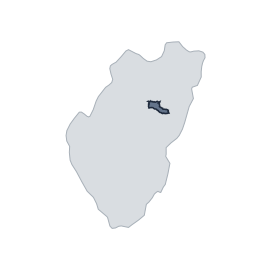 location of Shingkhar, Shemgang, Bhutan, rotated 292°
{"feature_id": "84629894B47600985586733", "entity_name": "Shingkhar", "entity_type": "district", "adm_level": 2, "iso_a3": "BTN", "parent_name": "Bhutan", "parent_adm1": "Shemgang", "projection": "robinson", "projection_center": [90.924, 27.213], "detail": "fine", "context": "in_parent", "style": "filled", "palette": "slate", "viewbox_px": 256, "rotation_deg": 292, "n_neighbors": 0, "source": "geoboundaries", "source_scale": "gbopen_adm2", "svg_char_len": 4525}
<svg xmlns="http://www.w3.org/2000/svg" viewBox="0 0 256 256"><g transform="rotate(292 128 128)"><path d="M200.2,110.4L199.8,112.0L198.2,116.2L197.1,120.7L198.0,124.4L201.8,128.9L206.8,132.4L213.2,132.7L219.1,131.3L221.5,131.9L224.7,137.8L227.0,142.9L223.9,148.2L222.2,152.9L221.6,156.2L222.0,157.6L223.9,160.2L226.1,164.8L226.4,169.0L225.0,171.7L222.0,173.1L218.8,172.7L216.1,172.8L212.8,173.3L207.5,174.8L202.7,176.8L193.5,176.4L189.9,172.3L188.1,172.3L179.8,177.6L170.8,176.7L154.3,178.5L147.4,178.9L140.4,178.3L136.8,177.2L130.2,173.4L124.1,170.7L118.0,173.2L115.8,173.6L110.9,180.1L100.2,182.2L89.6,183.7L86.5,182.9L80.5,182.5L80.3,181.0L80.5,179.5L79.1,178.4L76.7,177.2L72.5,176.7L67.1,175.1L64.1,173.6L53.2,175.8L46.8,172.4L39.6,167.8L36.0,165.7L34.7,158.5L33.4,156.2L30.6,153.8L29.0,150.9L30.3,148.0L37.5,142.5L38.1,141.2L41.5,130.9L46.1,127.2L50.7,122.0L54.1,113.8L60.8,105.4L68.1,96.7L73.1,89.7L76.5,86.4L83.3,82.8L89.1,80.8L93.0,76.1L97.8,73.4L102.7,72.3L110.0,72.9L116.9,74.6L124.4,76.9L125.3,78.8L124.6,82.2L123.5,85.6L123.5,87.3L124.6,88.3L132.0,88.9L141.0,88.4L146.1,88.8L157.3,92.0L160.6,94.2L164.1,95.9L167.4,95.6L171.7,92.0L176.2,88.9L179.0,88.4L181.0,89.4L184.6,92.3L192.0,95.1L198.6,97.2L200.8,99.1L200.0,107.6L200.2,110.4Z" fill="#d9dde1" stroke="#a8b0b8" stroke-width="1"/><path d="M164.4,147.7L164.0,147.3L163.8,147.1L163.7,146.9L163.4,146.7L163.5,146.7L163.5,146.4L163.5,146.2L163.6,145.9L163.6,145.6L163.7,145.3L163.7,145.1L163.4,144.8L163.1,144.5L162.9,144.4L162.7,144.1L162.4,143.9L162.2,143.8L162.1,143.6L162.0,143.3L162.1,143.0L162.1,142.9L162.2,142.7L161.9,142.5L161.8,142.3L161.7,142.2L161.8,141.7L161.7,141.6L161.7,141.4L161.7,141.2L161.4,140.9L161.4,140.7L161.4,140.4L161.5,140.4L161.4,140.2L161.3,139.9L161.4,139.7L161.3,139.4L161.4,139.2L161.5,139.0L161.4,139.0L161.2,139.0L161.1,138.9L160.9,138.9L160.7,138.7L160.6,138.4L160.7,138.2L160.7,137.9L160.6,137.6L160.6,137.4L160.6,137.1L160.4,136.9L160.3,136.7L160.2,136.6L160.2,136.8L160.2,137.1L160.1,137.3L160.1,137.5L159.9,137.7L159.9,137.8L159.5,137.8L159.3,137.9L159.2,138.1L159.0,138.3L158.9,138.3L158.7,138.2L158.5,138.3L158.5,138.2L158.4,138.1L158.2,138.0L157.7,138.1L157.6,138.3L157.6,138.5L157.4,138.7L157.1,138.7L156.9,138.7L156.5,138.7L156.1,138.7L156.0,138.8L155.8,138.9L155.7,139.0L155.4,139.1L155.2,139.3L155.1,139.5L154.9,139.7L154.7,139.7L154.5,139.8L154.4,139.8L154.4,140.0L154.5,140.2L154.6,140.3L154.8,140.5L155.0,140.6L155.2,140.8L155.3,141.1L155.4,141.6L155.5,141.8L155.6,142.0L155.8,142.2L155.8,142.3L156.0,142.5L156.0,143.0L156.1,143.3L156.2,143.5L156.1,143.8L156.0,144.0L155.9,144.3L155.8,144.5L155.8,144.8L155.7,145.0L155.6,145.3L155.6,145.5L155.8,145.7L155.9,146.1L155.9,146.5L156.0,146.9L156.0,147.3L156.0,147.5L155.9,147.7L155.6,148.1L155.4,148.3L155.4,148.5L155.5,149.1L155.5,149.4L155.4,149.4L155.3,149.6L155.1,149.8L155.0,150.1L154.9,150.1L154.8,150.4L154.8,150.5L154.7,150.8L154.6,151.1L154.7,151.3L154.6,151.5L154.4,151.7L154.4,151.8L154.4,152.1L154.5,152.3L154.5,152.5L154.7,152.8L154.7,153.0L154.7,153.3L154.5,153.5L154.4,153.7L154.5,153.8L154.4,154.1L154.3,154.3L154.3,154.5L154.5,154.7L154.5,154.8L154.8,154.8L155.0,155.0L155.1,155.3L155.1,155.6L155.1,155.8L155.1,156.1L155.3,156.3L155.2,156.5L155.3,156.6L155.3,156.8L155.4,157.0L155.4,157.4L155.6,157.5L155.7,157.8L155.8,157.8L155.9,158.0L155.9,158.3L156.0,158.4L156.0,158.5L156.3,158.8L156.4,159.1L156.4,159.3L156.5,159.4L156.6,159.5L156.8,159.6L156.9,159.8L157.0,159.7L157.3,159.8L157.5,159.9L157.5,160.0L157.6,159.9L157.9,159.7L158.0,159.6L157.9,159.5L157.9,159.4L158.0,159.3L158.1,159.2L158.3,159.1L158.5,159.0L158.5,158.9L158.8,158.9L158.9,158.7L159.0,158.7L159.4,158.7L159.5,158.7L159.5,158.4L159.5,158.2L159.7,157.9L159.7,157.7L159.7,157.3L159.7,157.2L159.5,156.8L159.5,156.7L159.6,156.4L159.4,156.3L159.3,156.2L159.3,155.9L159.3,155.6L159.2,155.5L159.2,155.3L159.2,155.1L159.1,154.9L159.1,154.7L158.9,154.5L158.8,154.3L158.8,154.2L158.7,154.1L158.7,153.9L158.6,153.7L158.5,153.4L158.6,153.1L158.8,152.9L159.1,152.8L159.1,152.7L159.3,152.6L159.2,152.3L159.2,152.2L159.2,151.9L159.2,151.7L159.2,151.4L159.2,151.2L159.3,151.1L159.3,150.9L159.5,150.7L159.5,150.4L159.5,150.2L159.5,149.9L159.5,149.7L159.4,149.5L159.4,149.4L159.5,149.2L159.9,149.2L160.0,149.1L160.3,149.1L160.5,149.0L160.8,148.8L161.1,148.7L161.3,148.6L161.5,148.4L161.7,148.1L161.8,148.0L161.9,147.9L162.0,147.7L162.3,147.6L162.5,147.8L162.8,147.8L163.2,147.8L163.4,147.8L163.5,147.8L163.8,147.8L164.1,147.7L164.4,147.7Z" fill="#64748b" stroke="#1e293b" stroke-width="1.5"/></g></svg>